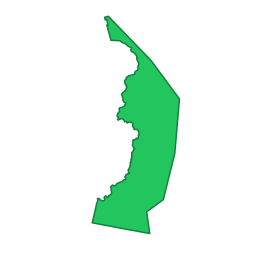 Nueva Palmira, Soriano, Uruguay (Robinson projection), rotated 287°
{"feature_id": "84410073B44651459787154", "entity_name": "Nueva Palmira", "entity_type": "district", "adm_level": 2, "iso_a3": "URY", "parent_name": "Uruguay", "parent_adm1": "Soriano", "projection": "robinson", "projection_center": [-58.359, -33.846], "detail": "fine", "context": "isolated", "style": "filled", "palette": "green", "viewbox_px": 256, "rotation_deg": 287, "n_neighbors": 0, "source": "geoboundaries", "source_scale": "gbopen_adm2", "svg_char_len": 5030}
<svg xmlns="http://www.w3.org/2000/svg" viewBox="0 0 256 256"><g transform="rotate(287 128 128)"><path d="M33.5,179.6L53.3,170.4L69.8,182.7L117.3,180.2L170.8,168.7L199.4,130.2L229.1,76.5L227.7,74.4L227.0,73.3L225.9,73.9L224.8,74.6L225.6,75.7L224.5,76.4L223.4,77.1L222.3,77.8L221.2,78.5L220.5,79.0L220.1,77.7L219.0,78.4L218.0,79.0L215.0,80.9L212.8,82.3L206.9,86.0L209.1,94.8L208.3,96.7L207.9,98.5L208.1,100.1L207.2,102.1L206.1,104.4L206.0,106.0L205.8,107.8L203.8,107.8L202.2,108.8L201.9,111.3L200.8,113.2L200.4,114.1L199.8,114.8L198.8,115.7L197.4,115.9L196.3,116.4L195.4,117.1L194.3,118.1L193.7,119.1L192.5,119.7L191.8,119.8L190.8,119.6L189.8,119.5L189.3,119.7L187.5,120.2L186.3,120.2L185.6,119.8L184.7,118.9L184.0,118.3L183.0,118.3L181.6,118.7L179.8,116.2L178.8,114.5L177.9,113.1L177.1,112.9L176.2,111.8L175.6,111.5L173.9,111.9L173.2,111.3L172.0,111.0L169.9,112.0L169.1,112.4L168.6,112.9L168.4,114.0L167.7,114.3L167.6,114.6L167.2,114.7L166.7,114.6L165.0,114.7L164.4,115.0L164.1,115.0L163.5,114.7L162.8,114.9L162.3,114.5L162.2,113.8L161.2,113.4L160.2,112.5L159.1,112.1L158.7,112.0L157.8,112.2L157.1,112.9L156.5,113.4L155.9,113.6L155.4,114.3L154.8,114.7L153.6,114.9L152.7,115.2L151.8,116.3L151.5,117.0L151.3,118.1L151.0,118.5L149.8,118.4L148.3,118.2L147.3,117.7L147.0,117.2L145.9,116.3L145.4,115.6L145.5,115.0L145.3,114.6L145.0,114.3L143.5,113.9L142.6,114.4L141.6,115.0L141.1,115.2L140.6,114.8L140.2,114.4L139.4,114.1L138.7,114.2L137.2,113.8L136.4,113.9L135.7,114.6L135.4,115.7L134.0,116.1L133.5,115.7L133.1,115.6L132.8,115.8L132.7,116.2L133.2,116.7L133.8,117.5L134.5,118.2L135.0,118.9L135.0,120.3L134.4,121.5L134.2,122.1L133.0,122.8L133.4,123.8L133.6,124.0L133.7,124.5L133.5,124.9L133.0,125.1L132.7,125.8L132.8,126.2L133.6,126.5L134.0,127.0L134.4,127.9L134.1,128.9L134.2,129.8L134.5,130.3L134.4,130.9L134.0,131.1L133.7,131.3L132.7,131.5L131.8,131.8L131.3,131.7L131.0,131.8L130.6,132.3L130.2,133.5L129.7,133.7L129.0,133.8L128.5,134.2L128.5,134.8L128.6,135.2L128.9,135.6L129.1,136.0L129.2,136.5L129.2,137.0L129.0,137.7L128.7,138.2L128.3,138.5L127.5,139.1L127.2,139.3L127.0,139.6L126.2,140.1L125.3,140.4L125.2,140.6L124.8,140.6L124.4,140.2L124.1,140.1L123.8,140.0L123.6,140.0L123.4,140.3L123.2,140.5L122.6,140.5L121.9,140.6L121.5,140.7L121.1,140.6L120.7,140.5L120.6,140.4L120.5,140.2L120.7,139.9L120.8,139.8L120.8,139.5L120.6,138.9L120.3,138.8L119.9,138.8L119.3,138.5L118.9,137.9L118.7,137.7L118.7,137.4L118.4,137.1L118.4,136.9L118.3,136.6L117.9,136.4L117.6,136.3L117.4,136.3L116.5,136.6L116.0,136.7L115.6,136.9L115.0,137.2L114.7,137.2L114.3,137.2L113.9,137.2L113.6,137.3L113.3,137.2L113.0,137.2L112.8,137.3L112.5,137.5L112.0,138.2L111.2,138.9L110.5,140.1L110.4,140.3L109.9,140.3L109.7,140.1L109.6,139.7L108.9,139.8L108.1,139.8L107.5,139.4L107.0,139.4L106.5,139.3L105.9,139.1L105.8,138.8L105.6,138.7L105.4,138.7L105.3,138.8L105.1,138.9L104.9,138.9L104.6,138.9L103.6,139.4L103.2,139.5L103.0,139.8L102.7,139.9L102.2,139.8L102.0,139.7L101.9,139.8L101.4,140.0L100.8,140.2L99.7,140.6L99.5,140.4L99.5,140.1L99.4,140.0L99.0,140.0L97.9,140.4L97.5,140.3L97.1,140.5L96.8,140.8L96.6,140.9L96.4,141.0L96.2,141.0L96.0,140.9L95.9,140.7L95.8,140.4L95.7,140.3L95.3,140.5L94.5,140.8L93.5,140.8L93.2,140.8L92.8,141.0L92.5,140.8L92.3,140.8L92.0,141.0L91.7,141.3L91.1,141.3L90.6,141.0L89.6,140.8L89.0,140.8L88.6,140.7L88.2,140.4L87.9,140.4L87.7,140.4L87.3,140.8L87.0,141.1L86.6,141.2L86.4,141.3L86.2,141.5L85.9,141.8L85.7,142.3L85.5,142.5L85.3,142.6L85.1,142.5L85.0,142.4L84.9,142.3L84.9,142.1L85.0,141.8L84.9,141.6L84.8,141.4L84.6,141.4L84.3,141.4L84.0,141.4L83.8,140.8L83.5,140.5L83.0,139.9L82.7,139.7L82.4,139.5L82.1,139.5L81.6,139.6L81.1,139.5L80.6,139.4L80.4,139.3L80.2,139.4L80.1,139.6L80.1,139.9L79.9,140.0L79.4,140.4L79.1,140.6L78.6,140.7L78.2,140.7L77.8,140.5L77.8,140.4L77.6,140.1L77.5,139.7L77.3,139.3L76.5,138.7L75.1,138.0L74.7,137.6L74.3,137.0L74.0,136.5L73.9,136.1L73.6,135.8L73.2,135.5L72.7,135.2L72.5,134.8L72.3,134.3L71.7,133.7L70.5,133.3L70.0,133.3L69.6,133.2L69.3,133.0L69.1,132.8L69.1,132.5L69.0,132.0L68.9,131.5L68.9,131.0L68.9,130.3L68.9,130.0L68.8,129.8L68.6,129.7L68.4,129.5L68.0,129.3L67.4,128.8L67.2,128.7L66.9,128.7L66.6,128.7L66.3,128.8L66.0,129.0L65.6,129.3L65.3,129.6L64.9,129.8L64.3,129.8L63.9,129.9L63.3,130.3L62.8,130.6L62.1,131.0L61.5,131.2L61.0,131.2L60.3,131.3L59.6,131.2L59.2,131.1L58.8,130.8L58.5,130.4L58.2,129.8L57.9,129.4L57.6,129.3L57.1,129.2L56.8,129.3L56.5,129.4L56.1,129.4L56.0,129.1L55.9,128.8L55.9,128.2L56.0,127.8L56.1,127.5L56.3,127.3L56.5,126.9L56.4,126.5L56.2,126.1L55.9,126.0L55.7,125.9L54.8,125.5L54.5,125.5L54.2,125.6L53.9,125.9L53.7,126.1L53.4,126.6L53.2,126.7L52.7,126.7L52.2,126.5L51.6,126.2L51.4,126.0L51.1,125.5L50.9,124.8L50.9,124.2L51.0,123.5L51.3,122.5L51.7,121.8L51.9,121.3L52.1,120.9L52.1,120.5L52.0,120.1L51.8,119.8L51.6,119.5L51.4,119.5L51.1,119.6L50.8,119.8L50.5,120.1L50.2,120.3L49.8,120.3L49.3,120.3L48.1,120.3L47.4,120.2L46.6,120.0L46.2,120.0L45.7,120.1L45.0,120.3L26.9,121.5L28.0,131.7L30.7,156.3L31.0,159.1L33.5,179.6Z" fill="#22c55e" stroke="#15803d" stroke-width="1.5"/></g></svg>